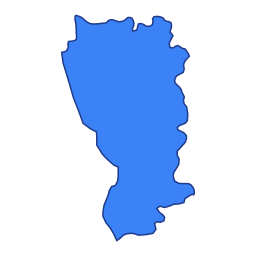 Byerastavitsa, Grodno, Belarus
{"feature_id": "67162791B90230438084188", "entity_name": "Byerastavitsa", "entity_type": "district", "adm_level": 2, "iso_a3": "BLR", "parent_name": "Belarus", "parent_adm1": "Grodno", "projection": "mercator", "projection_center": [23.993, 53.236], "detail": "fine", "context": "isolated", "style": "filled", "palette": "blue", "viewbox_px": 256, "rotation_deg": 0, "n_neighbors": 0, "source": "geoboundaries", "source_scale": "gbopen_adm2", "svg_char_len": 2353}
<svg xmlns="http://www.w3.org/2000/svg" viewBox="0 0 256 256"><path d="M61.7,52.3L63.1,63.0L67.4,76.8L73.6,98.2L78.3,110.0L83.1,123.3L90.2,128.6L96.4,131.9L96.8,136.6L96.8,145.2L99.2,149.0L102.1,153.7L105.4,157.5L110.6,162.3L113.9,165.1L118.2,167.0L118.2,176.5L117.7,180.8L115.4,185.5L111.6,186.5L109.2,190.8L108.2,195.0L105.9,200.7L104.0,205.5L103.0,211.7L103.0,216.4L105.9,222.6L110.1,227.8L113.5,233.5L116.8,240.6L120.2,238.2L123.6,234.9L127.4,233.7L131.2,233.3L134.4,233.7L138.2,235.1L142.9,234.9L147.4,234.4L153.0,233.3L155.9,229.3L155.4,227.0L154.5,223.6L156.8,221.7L160.3,222.3L163.9,220.8L164.6,217.4L163.2,215.2L159.5,212.4L156.7,208.4L159.9,206.2L164.8,207.5L170.4,205.7L173.8,204.2L178.7,203.9L183.9,202.6L185.0,198.6L189.5,195.6L192.2,194.3L193.7,194.8L194.3,193.6L194.3,191.3L193.6,188.3L190.9,184.8L188.3,183.6L182.8,183.6L178.3,183.3L174.5,180.8L173.1,175.9L173.7,172.7L176.7,167.9L178.7,164.4L179.1,159.6L178.7,157.9L177.2,155.6L177.2,151.1L179.7,148.5L181.4,146.6L183.9,143.9L185.4,142.0L186.4,138.4L186.4,135.9L185.0,133.9L183.3,132.4L180.3,131.0L177.8,129.7L177.2,127.7L179.6,125.4L182.8,124.2L185.4,123.1L187.3,120.8L187.6,116.9L187.7,113.5L186.6,106.8L184.1,103.8L183.4,100.1L184.3,97.3L183.4,94.7L181.9,92.4L181.2,89.7L179.6,87.3L177.6,85.4L175.1,83.0L174.7,80.3L175.2,78.5L176.3,76.2L178.3,74.9L180.3,73.9L183.2,72.4L184.2,69.1L183.7,66.2L183.7,63.9L184.9,61.4L186.6,59.2L189.3,56.2L188.4,53.9L186.4,50.7L185.0,48.9L182.2,48.3L180.0,46.7L177.8,45.5L175.5,46.3L173.0,48.0L170.1,47.4L169.1,43.8L169.9,41.6L171.1,39.2L172.9,35.8L171.6,33.6L170.0,32.4L170.6,29.8L171.4,27.6L171.5,24.6L170.9,22.6L168.6,21.5L167.0,21.4L166.1,21.0L164.5,20.3L163.3,18.1L160.6,16.9L157.7,16.4L154.0,16.7L152.5,18.9L153.0,21.0L152.6,24.1L151.3,25.6L149.5,26.3L146.2,26.2L143.5,24.4L141.0,23.5L138.4,23.9L137.7,26.1L137.4,28.2L136.6,30.0L133.0,31.3L132.3,28.7L133.6,26.0L134.0,23.2L133.1,20.1L131.8,18.1L129.8,17.4L127.6,17.6L125.8,19.3L124.0,20.7L121.2,21.6L119.0,21.8L116.1,21.0L113.3,19.9L110.3,19.8L108.2,20.7L106.3,22.9L102.0,23.3L98.3,23.8L94.3,24.0L90.7,23.8L87.4,22.3L84.1,19.6L81.4,17.3L78.4,16.1L75.9,15.4L75.0,16.5L75.1,20.2L75.8,23.2L76.1,26.9L76.2,29.7L76.3,33.6L76.6,37.2L76.5,38.7L75.4,40.2L73.1,41.0L68.5,41.5L67.9,44.3L68.2,47.5L67.9,48.5L65.9,51.3L64.7,51.8L63.5,52.0L61.7,52.3Z" fill="#3b82f6" stroke="#1e3a8a" stroke-width="1.5"/></svg>